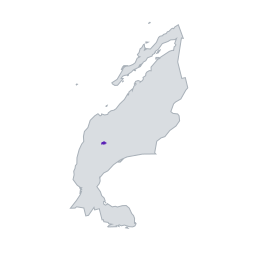 Salvatierra, Guanajuato, Mexico shown in context, rotated 76°
{"feature_id": "50627088B1811794709205", "entity_name": "Salvatierra", "entity_type": "district", "adm_level": 2, "iso_a3": "MEX", "parent_name": "Mexico", "parent_adm1": "Guanajuato", "projection": "equal_earth", "projection_center": [-100.915, 20.193], "detail": "fine", "context": "in_parent", "style": "filled", "palette": "violet", "viewbox_px": 256, "rotation_deg": 76, "n_neighbors": 0, "source": "geoboundaries", "source_scale": "gbopen_adm2", "svg_char_len": 4316}
<svg xmlns="http://www.w3.org/2000/svg" viewBox="0 0 256 256"><g transform="rotate(76 128 128)"><path d="M40.0,54.2L54.4,52.7L53.6,54.4L75.9,63.8L92.9,63.8L93.0,60.2L103.5,60.3L105.3,62.8L112.6,69.7L114.3,75.6L115.6,77.9L122.5,82.5L124.7,80.8L126.4,76.4L128.5,75.5L133.5,76.2L137.7,81.0L140.5,88.0L145.3,94.3L145.6,98.3L147.8,103.3L158.5,108.1L159.9,107.3L156.8,120.3L155.8,135.9L156.4,139.3L159.2,143.8L158.6,146.3L158.8,143.8L156.4,139.9L157.2,143.5L160.1,150.9L164.7,158.0L165.8,162.5L169.1,167.0L168.2,166.9L170.0,168.0L169.4,167.3L172.8,167.9L175.2,169.5L177.4,172.4L183.1,170.2L187.3,169.9L190.1,168.1L193.0,167.8L193.6,168.4L193.4,169.4L195.8,170.0L197.4,168.6L196.9,166.2L196.2,166.8L196.4,166.3L200.7,162.4L200.9,159.2L202.1,157.4L202.0,152.3L202.8,148.5L206.0,146.2L211.9,145.1L214.4,143.8L217.3,143.5L222.0,144.8L222.4,144.0L221.2,143.9L222.8,143.3L224.7,145.0L225.1,147.3L224.2,150.3L221.3,155.0L221.3,158.1L219.8,160.0L220.1,160.7L221.4,160.5L220.0,162.4L220.1,163.2L221.0,163.0L219.3,170.8L218.9,171.5L217.8,169.8L217.5,166.8L216.2,169.8L214.8,170.1L213.1,174.1L211.0,174.1L210.9,175.4L199.4,175.4L199.4,180.2L196.8,180.2L203.2,187.5L203.1,190.2L194.9,190.2L192.0,197.0L192.9,198.7L191.9,203.3L185.9,195.6L181.1,190.4L178.2,188.4L177.8,188.9L180.5,190.7L176.3,189.1L176.6,187.9L175.5,188.4L174.8,187.3L174.1,188.5L175.5,189.1L173.3,189.3L171.3,191.1L164.7,193.8L160.4,191.6L156.8,191.1L154.3,189.1L151.9,188.2L150.4,186.3L144.5,184.7L137.1,180.6L132.4,176.8L130.4,174.2L125.5,173.3L120.8,171.1L117.9,166.8L111.4,162.8L108.1,157.2L106.9,153.7L109.5,152.1L109.1,150.6L108.0,150.2L109.7,147.5L109.9,144.4L108.5,143.4L107.2,140.3L107.3,137.4L106.4,134.9L102.7,130.2L99.4,124.5L94.4,119.6L95.8,120.5L96.0,119.5L93.3,118.4L91.3,114.6L92.7,114.7L88.8,112.1L88.3,110.8L86.8,111.3L86.5,110.7L87.7,109.2L85.8,110.4L84.6,109.2L84.4,106.7L85.9,104.5L86.4,104.9L85.5,102.6L84.2,101.2L82.6,101.2L81.5,98.2L79.5,97.5L78.3,96.2L77.5,93.5L78.1,91.7L74.5,90.9L68.5,82.4L68.2,80.3L67.3,79.7L63.6,69.2L63.4,66.0L63.8,65.0L60.4,63.6L59.7,61.9L58.6,61.4L57.3,62.3L52.8,59.2L53.6,61.2L52.8,65.2L53.7,68.3L54.4,74.3L58.9,79.5L60.3,83.1L61.1,83.0L61.4,84.0L62.1,84.1L62.7,86.5L64.0,87.2L64.6,92.1L67.0,94.5L67.8,97.3L68.9,98.2L69.6,101.4L70.6,102.2L70.1,99.8L71.4,101.2L72.9,108.7L74.4,110.9L76.4,116.3L76.1,118.6L76.5,120.7L78.2,122.7L78.9,120.7L84.0,127.8L83.5,130.5L81.4,132.5L80.2,132.7L78.2,126.8L70.2,118.9L69.5,119.0L67.9,116.6L67.6,114.9L68.1,111.2L67.5,107.7L66.4,105.2L62.5,102.2L61.8,99.2L61.0,100.5L59.0,101.1L57.6,99.1L54.0,97.0L53.5,95.3L50.8,92.8L50.6,91.9L53.4,92.4L55.1,91.7L55.1,92.5L56.5,93.3L56.0,91.3L55.3,91.2L56.8,87.2L51.8,79.7L47.5,76.4L46.7,74.8L46.8,72.0L45.8,71.1L45.6,68.0L44.2,66.6L44.1,64.8L42.3,61.9L42.0,60.5L42.7,59.6L41.4,58.4L40.0,54.2ZM68.2,82.5L67.7,84.4L66.3,83.8L67.0,80.9L67.8,80.6L68.2,82.5ZM62.5,82.1L60.5,80.0L60.0,77.9L61.0,78.6L61.2,79.8L62.3,80.1L62.5,82.1ZM224.3,154.4L223.8,153.7L224.0,152.8L225.3,152.1L224.3,154.4ZM67.9,119.0L66.5,117.0L67.5,112.9L67.1,116.6L67.9,119.0ZM49.9,90.1L48.8,89.8L49.6,87.6L50.0,89.2L49.9,90.1ZM31.6,83.0L30.7,81.6L30.9,81.0L31.2,81.0L31.6,83.0ZM69.1,119.1L70.0,120.6L68.2,119.1L69.1,119.1ZM101.9,143.4L101.7,144.1L101.2,143.8L101.0,142.7L101.9,143.4ZM77.0,114.9L77.3,116.1L76.4,114.6L77.0,114.9ZM73.7,106.7L74.2,107.2L73.3,108.4L73.7,106.7ZM73.8,167.6L73.4,167.8L72.9,167.2L73.3,166.5L73.8,167.6ZM195.0,167.8L194.0,168.1L195.8,167.4L195.0,167.8ZM81.8,122.0L81.3,121.9L81.2,120.7L81.8,122.0Z" fill="#d9dde1" stroke="#a8b0b8" stroke-width="1"/><path d="M137.3,154.0L137.2,154.0L136.9,154.0L136.9,153.7L136.8,153.8L136.8,154.1L136.7,154.1L136.4,154.1L136.3,154.3L136.2,154.4L136.2,154.5L135.9,154.6L135.9,154.8L136.0,154.8L135.9,154.9L135.9,155.0L136.0,155.2L136.1,155.3L136.1,155.2L136.3,155.2L136.4,155.3L136.5,155.3L136.6,155.5L136.5,155.9L136.4,155.8L136.3,156.0L136.2,155.9L136.2,156.0L136.1,156.3L136.2,156.5L136.3,156.7L136.3,156.8L136.5,156.9L136.6,156.7L136.8,156.5L136.8,156.4L136.9,156.5L136.9,156.4L137.0,156.3L137.0,156.2L136.9,156.2L136.9,155.9L137.0,155.9L137.0,156.0L137.1,155.9L137.3,155.7L137.3,155.8L137.3,155.7L137.5,155.5L137.6,155.3L137.6,155.2L137.4,155.0L137.4,154.9L137.2,154.8L137.2,154.7L137.3,154.5L137.2,154.5L137.3,154.5L137.3,154.4L137.4,154.2L137.3,154.0Z" fill="#8b5cf6" stroke="#5b21b6" stroke-width="1.5"/></g></svg>